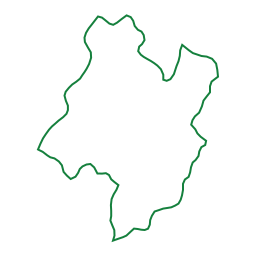 the district of Fernandes Tourinho, Minas Gerais, Brazil
{"feature_id": "56859067B23476537277650", "entity_name": "Fernandes Tourinho", "entity_type": "district", "adm_level": 2, "iso_a3": "BRA", "parent_name": "Brazil", "parent_adm1": "Minas Gerais", "projection": "natural_earth1", "projection_center": [-42.097, -19.105], "detail": "fine", "context": "isolated", "style": "outline", "palette": "green", "viewbox_px": 256, "rotation_deg": 0, "n_neighbors": 0, "source": "geoboundaries", "source_scale": "gbopen_adm2", "svg_char_len": 1937}
<svg xmlns="http://www.w3.org/2000/svg" viewBox="0 0 256 256"><path d="M98.0,16.5L95.2,20.1L92.1,24.1L88.7,28.4L86.0,32.9L84.5,37.6L84.9,42.0L88.0,47.6L90.8,52.3L91.1,57.7L89.1,64.0L86.7,68.6L84.5,72.1L82.3,75.2L80.1,78.6L76.3,81.7L72.2,84.5L68.9,87.8L65.7,91.7L64.5,95.6L65.9,100.8L67.9,105.6L67.9,110.1L66.5,113.8L63.2,117.1L58.6,120.6L54.9,123.9L52.0,126.4L49.0,129.7L45.7,134.3L43.0,138.4L40.4,143.8L38.0,149.5L42.8,151.9L47.2,155.3L50.3,157.3L54.5,158.4L58.9,161.5L61.9,165.3L63.6,171.9L66.9,175.6L70.7,179.0L75.5,176.7L78.1,172.9L79.8,169.0L82.5,166.4L86.5,164.5L90.4,164.0L94.2,167.4L97.4,173.5L102.1,173.6L105.9,173.2L109.0,175.0L111.2,179.3L114.5,182.1L118.4,185.1L116.5,189.7L113.7,194.3L111.6,199.1L110.9,205.1L111.2,210.8L111.2,216.1L110.4,220.6L112.4,225.6L114.3,230.1L114.5,235.6L113.0,240.6L119.6,238.3L122.9,237.2L126.4,235.6L130.4,231.9L134.0,228.6L137.7,229.0L141.2,229.7L144.7,230.0L148.0,228.7L149.8,224.7L150.2,220.1L151.9,215.8L154.6,211.5L159.2,210.0L163.2,208.6L167.1,208.0L171.3,207.3L175.1,205.6L178.5,203.6L180.7,199.7L182.0,195.4L183.0,189.9L183.0,183.8L184.9,179.5L188.6,176.9L190.1,172.5L191.0,167.3L192.7,162.5L195.6,160.0L198.5,156.0L199.3,151.4L201.4,147.1L205.2,145.0L206.1,140.8L200.6,136.7L197.4,133.4L195.3,129.3L191.2,124.7L192.5,120.2L194.9,116.4L199.1,112.7L201.9,106.4L203.5,100.6L206.5,96.7L210.0,92.3L210.0,86.2L211.6,81.6L214.7,79.2L218.0,76.7L217.3,69.8L216.1,63.6L212.1,58.8L206.7,56.6L201.5,56.0L197.1,54.5L192.9,53.1L188.8,50.2L185.7,47.7L182.2,44.9L180.2,50.3L179.8,55.9L178.5,61.2L176.5,66.2L175.2,70.2L173.9,74.2L170.4,79.2L166.7,80.8L163.3,79.7L163.3,74.7L160.9,69.2L157.3,65.5L154.1,63.1L150.7,60.9L147.3,59.0L143.7,56.9L140.8,54.7L138.2,51.2L139.2,46.6L142.0,44.2L144.5,40.1L143.7,35.1L141.5,31.6L137.9,29.8L134.7,26.0L133.2,20.8L130.7,17.1L126.6,15.4L121.7,19.0L117.0,22.7L113.2,24.8L109.4,23.6L104.9,19.9L102.0,17.6L98.0,16.5Z" fill="none" stroke="#15803d" stroke-width="2"/></svg>